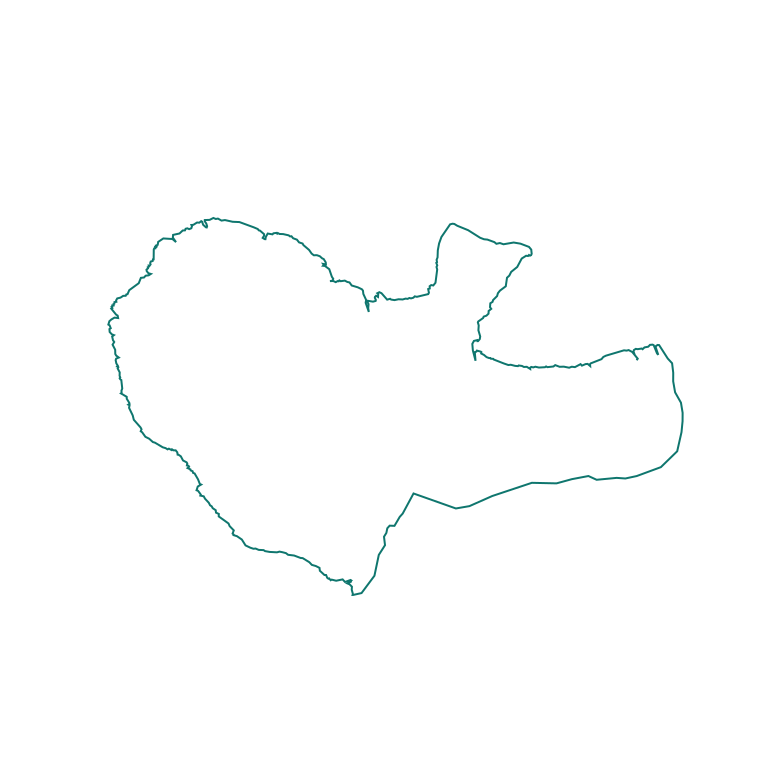 outline of North Erromango, Tafea, Vanuatu, rotated 312°
{"feature_id": "77236927B15473640252363", "entity_name": "North Erromango", "entity_type": "district", "adm_level": 2, "iso_a3": "VUT", "parent_name": "Vanuatu", "parent_adm1": "Tafea", "projection": "equal_earth", "projection_center": [169.132, -18.762], "detail": "fine", "context": "isolated", "style": "outline", "palette": "teal", "viewbox_px": 768, "rotation_deg": 312, "n_neighbors": 0, "source": "geoboundaries", "source_scale": "gbopen_adm2", "svg_char_len": 6154}
<svg xmlns="http://www.w3.org/2000/svg" viewBox="0 0 768 768"><g transform="rotate(312 384 384)"><path d="M597.0,562.4L596.1,561.2L594.2,560.7L593.1,561.3L589.2,568.3L589.4,566.5L593.3,558.5L593.0,557.3L591.1,555.5L588.5,555.4L585.5,553.1L582.9,552.9L582.8,551.8L579.6,549.2L578.6,547.6L576.4,547.0L575.1,547.7L573.3,551.1L572.6,555.6L570.8,555.9L572.6,555.3L573.9,547.0L572.9,543.1L571.2,542.0L569.6,539.8L553.6,530.0L550.9,528.9L548.0,529.0L537.6,523.8L536.6,523.8L535.3,525.2L535.2,521.9L533.7,520.5L530.1,518.8L530.3,516.8L524.3,514.6L522.5,512.0L520.0,510.7L517.2,506.0L514.3,503.0L512.6,498.6L510.4,498.2L505.8,494.1L505.5,492.7L504.2,492.4L499.9,488.1L498.1,484.9L496.2,483.8L495.2,482.0L493.9,481.7L493.0,482.6L492.3,478.6L490.3,476.6L489.7,474.4L487.9,471.7L486.9,471.6L485.2,469.3L483.1,465.3L481.3,463.7L479.4,459.2L475.6,449.1L475.8,448.4L474.3,446.5L474.5,445.7L473.6,444.8L472.6,442.2L472.5,438.8L471.7,435.8L472.9,435.0L472.8,434.3L471.0,430.7L469.9,431.0L468.8,430.3L467.6,431.0L462.5,436.5L468.4,427.6L472.9,422.8L476.2,422.0L479.0,423.9L478.4,424.8L478.8,425.2L481.5,425.1L483.7,423.7L487.1,418.2L490.9,415.2L492.6,412.5L493.5,412.2L499.3,413.5L500.8,413.0L503.3,414.4L506.2,414.6L508.3,412.9L511.6,413.4L512.0,411.4L515.1,409.0L517.7,409.7L519.3,408.9L525.0,409.2L527.7,407.9L531.0,407.7L538.1,409.1L545.3,404.3L548.4,404.6L552.4,403.5L560.1,404.7L569.4,402.4L574.4,403.8L575.5,405.4L576.9,405.4L577.0,406.6L578.2,407.1L579.6,406.6L582.4,403.5L582.9,400.0L579.6,391.5L575.9,385.7L567.8,379.3L566.3,375.8L563.4,373.7L563.3,371.1L560.5,364.2L558.5,361.5L557.0,357.6L554.6,343.6L550.6,332.5L550.0,329.2L549.0,327.7L546.9,326.3L531.7,328.3L525.3,330.9L519.4,334.5L513.9,339.1L511.5,340.0L510.0,341.9L509.0,341.8L507.8,344.2L506.1,344.7L504.7,346.9L493.7,354.5L490.2,354.7L489.1,352.9L487.2,352.5L485.6,354.1L484.1,353.3L481.9,356.3L480.4,356.7L470.8,350.1L469.7,348.2L467.8,348.1L465.7,346.8L464.9,345.3L463.1,344.6L461.9,342.9L459.3,341.3L456.7,338.1L453.4,335.7L451.5,332.8L451.4,331.5L448.8,329.9L449.8,321.4L449.1,319.1L447.0,318.3L447.0,319.5L444.7,321.3L444.3,319.1L442.7,319.0L441.9,319.5L441.0,321.7L440.1,322.2L437.8,320.7L434.5,315.5L433.0,319.1L429.8,321.5L427.4,324.5L432.1,316.0L434.5,314.5L437.1,308.4L439.3,305.9L439.6,304.2L438.3,299.8L435.6,294.1L436.4,290.4L435.3,288.5L434.6,285.7L431.4,283.0L431.1,281.5L430.0,281.6L429.5,280.7L427.4,280.0L426.6,277.4L424.3,275.0L426.4,276.6L428.2,275.9L428.8,273.5L432.7,266.5L432.2,261.1L431.1,259.6L432.2,259.6L432.5,258.4L434.0,260.8L435.4,259.3L436.5,255.6L436.0,254.0L436.0,250.8L434.8,247.9L432.7,245.7L432.5,242.9L433.5,238.6L433.3,231.2L433.9,229.5L432.4,226.1L433.0,222.7L431.5,218.9L431.9,216.4L430.8,215.4L430.7,213.7L427.9,208.7L425.6,206.0L425.2,204.3L424.3,204.1L424.6,203.2L422.0,201.0L420.6,201.0L418.0,196.9L414.1,197.8L412.3,199.0L411.8,198.4L411.4,196.1L414.1,195.6L415.1,194.6L415.0,189.2L414.4,188.1L414.7,186.5L413.3,182.4L407.6,168.2L403.3,163.0L399.4,156.1L396.7,153.9L395.8,149.9L394.1,148.6L393.2,146.1L389.3,144.6L385.9,141.1L385.0,141.8L384.3,144.6L382.9,147.0L381.7,147.5L381.3,146.8L381.3,143.1L382.9,140.2L382.7,139.2L380.3,138.8L378.9,137.0L374.7,135.8L373.3,134.5L372.8,135.7L370.8,136.6L368.7,135.6L368.1,133.7L366.6,132.7L365.0,133.3L363.4,131.7L359.0,131.3L353.7,127.5L351.5,129.1L350.3,134.5L350.2,129.8L344.5,122.6L338.5,121.1L336.0,122.7L334.3,121.9L333.9,123.2L333.1,123.2L332.5,122.3L331.7,123.2L330.9,122.5L329.9,122.9L322.5,129.4L322.0,128.9L320.6,129.8L318.9,128.7L317.3,129.4L316.7,130.5L314.8,130.7L314.5,129.9L313.6,130.7L312.7,130.3L312.1,131.2L310.0,131.0L309.1,132.2L308.7,134.8L309.8,137.1L307.3,136.4L305.0,134.4L302.6,134.4L300.2,132.3L294.8,134.3L283.3,131.9L279.1,133.3L278.2,132.6L276.7,133.0L275.0,131.2L271.9,130.4L269.1,128.5L266.8,129.0L266.0,130.1L264.5,128.9L263.2,129.9L262.3,129.5L261.5,130.5L260.5,129.5L259.8,130.3L259.0,130.0L258.6,131.3L257.5,130.9L256.3,138.5L256.6,140.3L255.1,142.3L253.0,139.3L249.5,138.2L246.9,137.9L243.7,139.4L244.0,140.8L242.6,143.6L241.1,143.2L239.1,145.3L238.8,148.5L239.6,150.6L237.4,150.2L235.2,153.3L234.7,155.4L231.6,156.0L229.6,161.3L226.5,164.2L225.9,166.0L226.2,169.2L223.6,168.0L222.2,168.6L220.2,171.3L219.5,173.8L218.5,173.9L219.0,174.8L218.7,175.4L217.3,175.7L215.8,179.8L213.2,182.0L212.4,183.6L211.4,183.7L211.0,184.9L211.2,186.1L205.5,192.5L203.3,193.4L201.8,195.0L201.0,194.8L202.3,201.4L200.9,202.7L199.5,207.5L199.0,208.1L197.6,207.8L198.0,209.1L195.7,210.5L192.5,218.3L190.0,222.0L188.8,232.2L188.1,234.1L186.1,234.8L186.3,236.6L185.1,242.0L186.2,246.1L186.2,251.1L187.1,252.9L188.9,261.9L190.2,264.6L190.6,266.9L192.0,267.4L192.8,270.4L193.6,270.2L193.9,272.0L195.3,273.6L194.9,276.1L193.4,277.9L193.9,278.5L194.3,281.4L192.7,285.8L193.7,289.7L193.3,291.0L191.6,292.0L192.4,293.4L192.1,294.5L190.1,294.3L191.0,297.3L190.4,298.1L191.1,300.1L190.2,301.6L190.8,303.1L188.7,309.6L186.5,314.0L186.9,315.4L183.2,314.2L179.6,315.8L180.2,317.2L179.8,319.3L179.2,321.9L178.2,322.2L179.9,325.2L179.0,327.7L178.5,333.3L177.5,335.9L177.8,337.8L177.1,339.8L177.6,343.4L176.0,345.2L176.9,348.2L175.0,349.8L176.3,361.8L175.1,364.4L174.7,370.3L171.5,371.6L171.5,373.0L171.0,373.3L172.5,376.5L173.3,382.4L171.4,389.1L172.9,394.2L174.2,397.2L175.8,398.7L176.9,401.9L180.0,405.7L180.2,407.4L182.7,411.4L187.3,417.1L189.5,418.5L191.1,421.2L192.7,424.3L192.9,427.0L196.4,432.0L198.9,438.4L200.2,440.1L201.6,447.8L201.3,451.4L203.1,455.1L204.2,459.1L202.3,461.3L202.2,467.5L203.3,468.8L202.0,471.4L202.1,473.0L202.8,473.3L202.5,475.7L203.6,476.0L205.8,480.1L211.1,484.0L210.8,487.5L216.0,490.3L216.1,491.2L214.5,490.9L215.7,492.0L211.3,490.2L212.1,492.5L211.9,495.8L209.5,497.7L207.2,501.3L206.2,501.8L206.7,502.3L213.6,507.2L235.1,505.2L253.5,494.5L264.9,492.6L270.5,486.2L274.9,485.4L279.0,483.0L282.5,483.0L285.6,486.7L295.8,484.6L300.2,484.6L322.4,479.2L339.6,520.7L350.4,529.2L373.2,539.4L409.5,560.0L425.6,578.7L439.0,587.3L452.4,597.5L455.1,606.1L469.9,619.7L475.3,626.6L484.7,633.4L507.5,645.4L530.2,646.9L547.3,637.3L556.1,630.8L562.4,625.2L568.8,617.2L572.6,605.9L579.5,597.1L585.9,591.4L592.2,584.2L592.8,577.8L597.0,562.4Z" fill="none" stroke="#0f766e" stroke-width="2"/></g></svg>